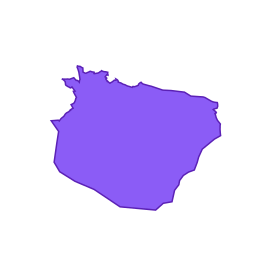 outline of Ilorin West, Kwara, Nigeria, rotated 311°
{"feature_id": "59680162B83241100924072", "entity_name": "Ilorin West", "entity_type": "district", "adm_level": 2, "iso_a3": "NGA", "parent_name": "Nigeria", "parent_adm1": "Kwara", "projection": "equal_earth", "projection_center": [4.537, 8.465], "detail": "fine", "context": "isolated", "style": "filled", "palette": "violet", "viewbox_px": 256, "rotation_deg": 311, "n_neighbors": 0, "source": "geoboundaries", "source_scale": "gbopen_adm2", "svg_char_len": 2793}
<svg xmlns="http://www.w3.org/2000/svg" viewBox="0 0 256 256"><g transform="rotate(311 128 128)"><path d="M141.7,49.1L140.5,49.7L139.5,51.7L137.8,54.4L133.2,59.9L132.1,60.2L130.6,61.2L130.8,59.7L130.5,58.1L129.9,57.7L130.4,54.1L127.0,52.2L126.6,52.1L125.5,50.5L124.9,49.8L124.4,49.4L123.5,48.3L122.5,47.2L122.1,46.4L121.8,46.4L122.0,47.9L121.9,49.0L121.8,50.1L121.4,50.7L121.1,50.8L120.7,51.4L120.3,51.9L119.9,52.2L119.7,52.5L119.5,53.2L119.8,55.3L120.2,56.7L120.3,57.6L120.7,58.5L121.5,58.6L122.2,58.8L121.1,63.8L119.8,62.7L119.1,64.1L118.4,65.9L117.7,67.9L117.3,69.0L116.7,69.1L116.1,69.2L114.9,69.8L113.9,70.3L113.0,70.5L111.8,70.9L110.2,70.5L108.3,69.7L106.9,73.6L105.4,73.0L103.8,72.6L103.7,73.0L102.6,72.7L101.7,72.6L101.3,72.6L100.4,72.2L99.1,71.7L98.1,71.6L97.6,71.5L94.9,71.9L93.5,71.7L92.6,71.5L91.0,71.3L88.2,71.5L88.2,70.3L83.1,65.3L79.9,77.9L70.2,84.0L53.7,94.7L50.2,105.2L53.0,123.0L59.4,142.7L63.3,173.7L84.2,202.7L94.3,204.0L101.2,209.6L111.6,204.0L118.5,203.6L122.2,201.4L128.5,200.9L134.4,202.6L139.8,205.6L147.4,202.8L152.4,200.4L156.7,199.1L160.8,197.9L176.3,200.5L183.0,202.9L184.9,200.8L186.0,199.7L187.4,198.3L188.9,197.1L189.8,196.3L190.0,196.1L190.3,195.9L191.6,195.1L192.0,193.0L192.5,190.4L193.7,187.7L195.5,185.1L195.9,184.2L196.4,184.4L197.3,184.7L197.5,184.6L197.4,183.8L197.9,183.6L197.8,180.2L198.5,180.3L199.4,180.9L200.0,181.2L201.0,182.0L201.3,182.2L203.2,181.5L204.6,180.2L205.4,179.3L205.8,178.7L204.4,176.7L203.5,175.0L202.9,173.3L201.5,166.1L200.7,164.3L193.3,154.5L192.1,147.1L184.5,135.9L179.4,129.4L174.8,118.2L173.7,116.1L171.2,110.8L170.9,109.7L171.1,107.9L170.3,107.5L169.0,107.3L168.2,107.2L166.9,107.7L164.7,106.6L162.9,105.4L162.7,104.5L162.2,104.4L161.7,104.4L161.4,104.5L161.3,104.3L161.0,103.6L160.7,102.9L160.3,102.0L160.1,101.5L160.0,101.3L159.4,100.2L159.0,98.8L158.7,97.4L157.8,95.5L157.4,93.3L157.2,92.8L156.2,90.5L156.9,90.0L157.0,89.6L157.3,89.0L157.3,87.8L157.1,86.8L156.6,87.7L155.7,87.1L155.1,86.3L154.3,86.2L152.4,85.8L150.5,85.1L150.0,85.0L149.9,84.3L149.9,83.5L149.9,82.9L149.9,82.3L150.0,82.1L150.0,81.8L149.9,81.8L149.8,81.7L149.6,81.7L149.7,81.4L150.0,81.4L150.0,81.1L150.1,80.9L150.1,80.6L150.2,79.6L150.5,79.0L151.7,79.2L151.7,78.8L151.7,78.3L151.7,77.6L151.6,77.2L152.1,77.1L152.9,77.1L153.7,77.1L154.3,77.0L154.6,78.0L154.7,78.3L155.0,78.1L155.5,77.2L156.3,76.5L156.8,76.2L156.7,76.0L156.4,75.5L156.1,74.8L155.5,73.9L155.1,73.4L154.6,72.5L154.1,71.6L154.0,70.5L153.3,70.5L152.7,70.2L151.3,69.8L150.8,69.8L150.6,69.7L149.4,69.0L148.4,68.1L147.1,67.1L146.8,66.6L147.7,66.1L147.9,65.8L146.7,63.9L146.2,62.5L145.8,62.1L145.2,61.9L144.0,61.4L142.9,60.8L142.0,60.5L141.3,59.8L141.1,59.0L140.7,57.4L143.7,54.5L143.3,53.2L143.2,51.8L142.9,51.1L142.4,50.7L141.7,49.1Z" fill="#8b5cf6" stroke="#5b21b6" stroke-width="1.5"/></g></svg>